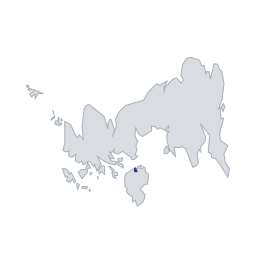 where Carrickfergus sits in United Kingdom, rotated 276°
{"feature_id": "GBR-2096", "entity_name": "Carrickfergus", "entity_type": "District", "adm_level": 1, "iso_a3": "GBR", "parent_name": "United Kingdom", "parent_adm1": "", "projection": "robinson", "projection_center": [-5.816, 54.729], "detail": "fine", "context": "in_parent", "style": "filled", "palette": "blue", "viewbox_px": 256, "rotation_deg": 276, "n_neighbors": 0, "source": "natural_earth", "source_scale": "10m", "svg_char_len": 3848}
<svg xmlns="http://www.w3.org/2000/svg" viewBox="0 0 256 256"><g transform="rotate(276 128 128)"><path d="M140.1,199.4L126.7,206.3L122.4,205.9L117.2,202.3L111.8,202.8L114.0,201.0L109.4,199.4L101.3,201.6L97.8,200.1L95.6,196.6L113.0,187.7L115.6,183.4L114.0,182.1L113.6,176.0L104.6,178.2L111.0,171.5L118.8,168.2L125.5,167.4L129.1,169.2L128.0,166.5L129.6,165.9L131.9,168.3L134.5,168.2L129.6,164.2L131.6,159.8L129.7,157.6L131.9,155.3L132.4,151.0L127.8,151.9L121.1,143.3L123.0,139.1L129.5,135.5L121.6,135.7L115.4,139.0L110.9,137.7L106.8,139.4L102.2,137.7L100.8,140.8L97.3,137.4L96.8,134.9L98.6,134.9L104.3,124.9L101.0,121.1L102.0,116.6L105.6,116.5L101.7,114.3L102.3,112.2L96.0,117.4L95.9,114.0L99.3,110.8L93.5,114.9L93.5,119.7L90.9,127.1L87.6,127.6L91.6,119.1L89.8,118.9L91.2,110.4L96.4,100.6L89.4,105.0L82.1,101.4L88.2,98.8L86.2,97.8L90.3,94.0L90.7,91.5L87.2,88.6L87.1,86.9L90.4,85.4L88.0,83.0L90.0,78.9L96.7,78.9L92.9,75.3L94.0,72.0L98.9,71.6L97.7,69.2L98.8,65.7L107.4,66.7L127.9,64.4L125.6,70.4L114.2,77.4L113.5,79.5L116.2,80.1L112.1,84.8L124.6,82.2L142.9,82.4L146.0,84.1L147.4,86.8L137.0,103.0L124.8,108.3L131.3,107.6L134.8,109.1L134.5,110.4L124.2,114.8L117.7,113.4L128.9,116.2L135.7,114.8L142.7,117.2L150.3,123.6L157.3,140.5L166.0,144.5L175.3,152.1L173.5,154.0L178.8,162.2L172.7,159.7L166.7,160.0L172.4,160.6L181.4,167.7L182.8,171.2L178.2,176.2L181.9,178.1L186.1,175.0L197.3,175.8L203.4,179.2L204.9,182.7L203.0,191.8L197.5,194.8L198.2,197.3L190.1,199.6L192.4,200.4L192.4,202.7L185.2,204.8L200.9,206.9L200.7,210.5L195.3,213.1L194.0,215.5L182.2,218.8L166.5,218.7L156.5,216.1L157.8,217.6L146.8,219.5L148.0,221.5L146.8,222.0L131.5,219.7L125.1,221.4L120.9,229.2L112.6,226.1L104.2,228.2L98.0,233.2L89.5,232.4L101.5,223.3L106.4,218.5L107.3,214.5L110.9,213.5L112.6,210.3L129.2,210.0L140.1,199.4ZM83.8,153.5L74.0,153.3L74.1,151.2L68.6,146.4L63.6,151.8L59.3,151.6L55.5,150.2L51.1,145.5L57.1,142.7L54.7,140.6L60.3,139.2L63.0,134.1L65.4,132.8L67.2,133.7L69.6,131.1L76.8,130.0L82.1,130.4L88.4,138.2L85.9,141.7L90.5,141.3L92.2,144.5L92.0,145.7L89.1,143.6L89.4,146.9L90.9,147.1L90.1,149.1L86.8,149.8L83.8,153.5ZM81.2,69.6L79.3,73.0L75.9,74.8L77.8,76.2L69.8,81.5L68.0,80.2L71.4,78.1L68.4,76.6L69.5,75.7L67.9,74.8L68.9,72.3L73.3,73.0L72.6,70.8L80.6,66.9L81.2,69.6ZM82.0,86.2L82.1,89.9L89.1,91.6L84.3,95.1L83.6,92.1L79.3,92.0L72.7,87.4L78.8,83.1L82.0,86.2ZM151.7,26.6L154.9,30.2L156.4,29.7L153.2,40.3L153.1,35.1L147.6,32.7L151.8,31.8L148.8,28.7L151.7,26.6ZM87.5,108.6L79.4,109.6L82.0,105.8L79.3,104.3L82.6,102.8L87.7,105.8L87.5,108.6ZM110.2,166.1L114.3,168.3L109.3,171.7L106.5,169.2L106.3,166.7L110.2,166.1ZM82.2,116.6L82.8,121.9L79.5,122.9L79.5,119.5L76.6,121.1L77.8,118.1L82.2,116.6ZM127.8,55.4L127.5,57.2L132.1,58.2L126.1,58.9L123.3,56.9L124.8,54.5L127.8,55.4ZM97.8,125.9L94.3,125.3L93.7,121.7L96.5,121.3L97.8,125.9ZM162.2,220.2L159.3,222.2L154.3,220.7L158.2,218.6L162.2,220.2ZM84.6,118.9L83.0,117.4L88.3,113.0L87.2,115.2L84.6,118.9ZM66.1,82.8L67.8,83.8L66.4,85.7L61.5,84.3L66.1,82.8ZM65.3,93.7L63.4,93.4L63.0,88.6L65.1,88.8L65.3,93.7ZM156.5,28.4L154.6,26.7L155.6,24.5L157.1,25.2L156.5,28.4ZM132.5,53.7L131.2,54.2L127.7,51.0L128.8,50.6L132.5,53.7ZM126.2,61.3L124.5,61.5L122.7,59.0L124.6,59.1L126.2,61.3ZM160.2,22.8L159.5,25.2L158.1,25.0L158.1,22.9L160.2,22.8ZM136.8,52.1L133.4,52.9L137.2,51.6L136.8,52.1ZM79.9,96.6L78.9,96.8L77.6,95.6L79.3,95.0L79.9,96.6ZM130.1,60.6L129.0,62.0L128.1,60.7L130.1,60.6ZM76.1,103.2L74.0,103.8L76.8,102.4L76.1,103.2ZM62.8,96.6L61.5,96.9L60.9,96.5L62.2,95.6L62.8,96.6Z" fill="#d9dde1" stroke="#a8b0b8" stroke-width="1"/><path d="M88.8,139.2L88.8,139.3L88.6,139.7L88.2,140.0L87.8,140.2L86.9,140.4L86.5,140.6L86.1,140.8L85.9,140.9L85.9,140.7L85.8,140.4L85.5,140.3L85.7,139.7L85.6,139.4L85.8,139.2L86.8,139.1L87.1,139.1L87.3,139.1L87.6,139.1L87.8,139.5L88.0,139.3L88.8,139.2Z" fill="#3b82f6" stroke="#1e3a8a" stroke-width="1.5"/></g></svg>